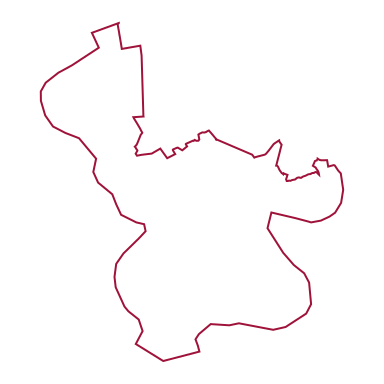 Darayya, Rif Dimashq, Syria
{"feature_id": "27442178B13792068888358", "entity_name": "Darayya", "entity_type": "district", "adm_level": 2, "iso_a3": "SYR", "parent_name": "Syria", "parent_adm1": "Rif Dimashq", "projection": "robinson", "projection_center": [36.249, 33.454], "detail": "fine", "context": "isolated", "style": "outline", "palette": "rose", "viewbox_px": 384, "rotation_deg": 0, "n_neighbors": 0, "source": "geoboundaries", "source_scale": "gbopen_adm2", "svg_char_len": 4557}
<svg xmlns="http://www.w3.org/2000/svg" viewBox="0 0 384 384"><path d="M118.8,23.0L91.9,32.8L98.8,47.7L81.4,59.1L72.0,65.3L58.4,72.7L45.7,82.7L40.8,91.4L40.9,100.8L45.2,115.4L53.0,126.5L65.3,132.9L79.0,138.2L96.1,158.7L93.3,172.0L98.1,182.6L112.3,194.3L116.2,204.3L121.1,214.8L136.3,222.4L144.1,224.2L145.6,231.2L141.3,235.8L140.3,236.9L140.1,237.1L139.7,237.5L139.1,238.1L138.0,239.3L137.6,239.6L136.2,241.0L123.5,253.4L116.2,263.9L114.5,276.9L115.7,287.3L124.5,306.6L128.4,311.3L138.7,319.5L142.6,331.1L135.8,344.0L163.2,361.0L199.4,351.6L197.9,345.8L195.5,339.3L198.9,334.1L210.7,324.1L229.3,325.3L238.9,323.3L273.2,329.8L285.6,327.0L306.2,313.6L311.1,304.2L309.1,282.6L304.2,273.3L293.9,265.1L283.2,252.8L267.5,228.2L271.4,212.5L295.3,218.1L307.8,221.4L311.1,222.4L320.9,220.6L329.5,216.6L335.1,212.7L341.1,202.9L343.2,189.8L340.8,173.4L338.2,170.6L334.8,165.5L333.8,165.1L328.2,166.6L327.1,160.2L321.3,160.3L319.5,159.9L317.7,158.7L317.7,158.8L317.5,159.2L317.4,159.3L317.3,159.5L317.2,159.6L316.7,160.5L316.1,160.6L315.0,161.0L313.0,165.6L312.9,165.8L314.0,166.5L315.6,167.5L316.2,168.4L316.5,169.0L316.9,169.6L317.5,170.3L317.7,170.5L317.8,170.7L317.9,170.9L318.0,171.1L318.1,171.3L318.5,172.3L318.7,172.9L318.8,173.4L319.0,174.7L318.6,174.3L317.3,173.0L316.5,172.2L316.3,172.1L316.2,172.1L315.8,172.0L315.7,172.0L314.5,172.5L314.0,172.9L313.8,172.9L313.7,173.0L313.4,173.0L313.2,173.0L312.9,173.0L312.7,173.0L312.4,173.0L312.2,173.1L311.8,173.2L311.6,173.3L311.4,173.4L311.2,173.6L311.0,173.8L310.8,173.8L310.7,173.9L310.6,174.0L310.3,174.1L310.2,174.1L309.6,174.1L308.9,174.2L308.2,174.4L307.6,174.6L306.6,175.2L305.8,175.6L304.4,176.1L303.7,176.3L303.2,176.5L302.8,176.7L302.3,177.0L301.8,177.4L301.7,177.5L301.4,177.7L301.2,177.7L301.1,177.8L300.6,177.8L300.4,177.8L300.2,177.8L300.0,177.7L299.8,177.7L299.6,177.6L299.0,177.4L298.0,177.6L297.5,177.7L297.3,177.8L297.2,177.8L296.9,178.0L296.6,178.2L296.5,178.3L296.3,178.4L296.1,178.6L295.9,178.9L295.8,179.0L295.6,179.1L295.3,179.3L295.2,179.4L295.0,179.5L294.7,179.6L293.2,179.8L292.0,180.1L291.7,180.2L291.1,180.5L290.7,180.7L290.3,180.8L290.0,180.8L289.6,180.7L289.2,180.6L288.3,180.8L288.0,181.0L287.4,181.0L286.7,181.0L286.5,180.2L286.1,179.3L286.2,178.9L286.8,177.1L287.0,176.4L287.5,174.9L286.2,174.4L285.3,174.1L284.3,173.7L283.6,173.3L283.3,174.3L282.5,173.6L282.1,173.3L281.7,173.1L281.1,172.2L280.8,171.8L279.9,170.6L279.3,169.6L279.1,169.1L278.9,168.7L278.3,167.3L278.2,167.1L278.1,166.9L277.9,166.6L277.8,166.4L277.6,166.2L277.1,165.7L276.2,165.6L276.3,165.3L279.0,154.9L280.1,150.6L280.2,150.0L281.1,146.7L281.6,144.7L281.0,143.9L280.1,142.6L279.5,141.7L279.3,141.1L279.1,140.5L279.1,140.4L278.7,140.6L277.9,141.2L275.0,143.1L274.7,143.3L274.4,143.5L274.2,143.7L273.9,143.9L273.7,144.2L273.4,144.4L273.2,144.7L271.3,147.2L268.7,150.6L266.7,153.0L265.9,153.9L265.7,154.0L265.4,154.3L265.2,154.4L265.0,154.5L264.8,154.6L264.6,154.7L260.8,155.7L256.6,156.8L255.6,157.1L255.3,157.2L255.0,157.3L254.8,157.4L254.5,157.5L254.3,157.6L252.2,154.7L216.9,139.6L216.7,139.5L216.3,139.8L216.0,139.5L216.3,139.1L216.1,138.8L215.1,137.8L214.0,136.5L212.9,135.1L212.6,134.8L212.0,134.1L210.8,132.7L209.9,131.7L209.0,130.6L208.9,130.5L207.5,131.1L207.0,131.4L206.8,131.6L206.6,131.7L206.5,131.8L206.4,131.8L206.2,131.9L206.0,132.0L205.9,132.1L205.7,132.1L205.3,132.3L205.2,132.3L204.8,132.4L204.6,132.4L204.4,132.5L204.2,132.5L203.8,132.5L203.7,132.5L202.3,132.4L199.6,133.7L198.4,134.5L199.3,139.5L198.4,140.7L196.3,140.8L194.7,139.9L193.8,140.8L193.7,140.7L193.4,140.6L193.2,140.6L192.9,140.7L192.7,140.8L186.0,143.8L185.9,143.9L185.8,144.0L185.8,144.3L186.7,145.8L187.1,146.4L182.3,150.3L178.4,148.0L178.3,147.9L178.2,147.9L177.9,147.8L177.8,147.7L177.7,147.7L177.4,147.7L177.2,147.7L177.0,147.8L176.9,147.8L176.7,147.9L176.5,148.0L176.4,148.0L173.0,149.5L172.9,149.6L172.8,149.8L172.8,150.0L172.9,150.3L175.2,154.1L167.2,158.2L160.3,148.6L151.7,153.6L145.7,154.3L141.0,154.9L137.0,155.7L135.7,153.7L137.4,150.7L137.4,150.4L135.9,148.3L135.7,147.6L134.8,146.7L135.6,145.9L136.0,145.4L136.2,145.2L136.4,145.1L136.5,144.8L136.7,144.6L136.8,144.4L137.2,143.5L137.4,143.1L137.7,142.4L138.1,141.4L138.5,140.4L139.1,138.9L139.9,136.9L140.5,135.3L140.6,135.1L140.7,134.9L140.8,134.7L141.0,134.5L142.3,132.8L141.1,130.6L140.0,128.4L139.0,126.7L137.4,124.0L136.0,121.7L134.2,118.8L133.4,117.2L142.1,116.6L143.5,116.5L143.4,116.1L141.6,55.6L140.3,45.7L121.8,48.9L121.3,45.7L119.5,34.9L119.4,34.8L119.4,34.7L119.1,32.5L117.6,24.2L118.8,23.1L118.8,23.0Z" fill="none" stroke="#9f1239" stroke-width="2"/></svg>